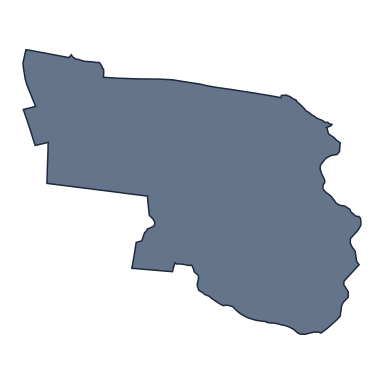 outline of Ghioroc, Arad, Romania
{"feature_id": "2599482B24745533124468", "entity_name": "Ghioroc", "entity_type": "district", "adm_level": 2, "iso_a3": "ROU", "parent_name": "Romania", "parent_adm1": "Arad", "projection": "equal_earth", "projection_center": [21.586, 46.163], "detail": "fine", "context": "isolated", "style": "filled", "palette": "slate", "viewbox_px": 384, "rotation_deg": 0, "n_neighbors": 0, "source": "geoboundaries", "source_scale": "gbopen_adm2", "svg_char_len": 2907}
<svg xmlns="http://www.w3.org/2000/svg" viewBox="0 0 384 384"><path d="M71.4,54.8L69.7,56.6L68.8,57.6L42.4,52.6L40.1,52.2L28.2,50.0L25.9,49.7L23.0,62.8L23.1,64.6L23.2,66.4L25.2,79.1L27.0,85.1L35.6,106.4L23.3,109.5L25.8,116.7L30.1,129.5L35.1,145.3L35.2,145.5L48.2,142.4L47.8,157.2L47.6,161.5L46.9,183.4L107.4,191.0L114.6,191.9L128.9,193.8L147.0,196.0L147.3,196.1L147.6,196.2L147.5,197.3L147.7,199.7L147.9,202.0L148.6,208.5L149.2,214.9L149.7,215.7L152.8,218.7L153.9,220.7L155.0,222.2L154.3,225.8L150.5,227.7L147.4,228.9L145.9,231.9L145.2,232.3L144.7,232.4L142.1,239.7L141.9,240.8L136.2,242.4L133.7,258.2L131.8,268.3L172.4,271.7L174.8,262.8L176.3,264.0L178.2,264.0L180.6,264.0L184.6,264.5L187.5,265.4L189.1,265.2L189.5,265.5L190.4,265.2L191.7,265.1L193.2,268.3L194.3,271.9L197.8,274.8L198.3,276.0L198.6,278.1L198.0,280.9L197.5,282.7L197.2,285.1L197.7,287.2L198.5,289.6L198.8,290.4L202.1,292.2L204.8,294.5L206.3,295.1L208.5,296.0L210.1,296.8L211.7,298.5L220.8,304.5L223.5,305.7L224.2,305.6L225.8,305.1L226.7,305.2L227.7,305.3L232.1,306.4L233.3,307.1L234.3,308.4L237.0,311.0L240.0,313.4L243.1,315.3L246.5,317.2L250.9,318.8L256.5,320.4L261.6,321.1L265.9,321.6L266.5,322.3L270.5,323.0L273.6,323.0L277.0,323.7L279.1,324.1L281.1,324.8L285.7,325.7L289.4,327.1L293.4,329.3L298.2,333.3L300.3,334.1L305.2,334.3L308.0,333.5L314.1,332.1L318.5,332.1L320.9,333.1L326.9,328.7L336.9,319.8L340.2,316.2L341.6,305.8L343.3,302.3L348.2,297.2L348.3,291.9L343.8,284.8L344.0,281.2L351.9,272.6L359.1,264.8L356.6,261.2L355.2,251.3L351.7,246.4L350.2,242.6L350.5,238.4L358.1,230.2L361.0,225.0L360.8,220.1L360.4,218.1L358.8,216.5L355.9,216.2L350.8,211.8L349.9,209.3L346.3,207.0L344.6,206.0L339.8,205.2L336.4,203.4L334.0,200.0L330.6,195.7L326.9,193.1L324.4,190.8L322.9,188.5L323.0,185.2L324.8,182.4L324.6,179.8L321.7,173.8L320.1,168.8L320.5,165.1L325.9,158.2L331.2,155.5L337.2,154.4L339.5,151.5L339.9,146.2L340.3,142.9L336.8,140.4L333.9,137.5L331.2,135.7L328.5,133.8L327.7,130.8L327.3,128.7L326.3,127.5L328.5,126.8L330.4,126.2L331.0,125.5L331.6,124.9L332.0,124.4L331.8,124.2L330.7,124.1L329.5,124.1L328.5,123.0L327.8,122.4L327.0,122.3L325.5,122.4L325.0,122.3L324.3,122.0L323.5,121.3L322.8,120.7L321.4,120.0L320.1,119.5L318.8,119.0L317.3,118.3L315.9,117.7L315.0,116.8L314.3,116.2L312.9,115.6L311.8,114.9L308.5,112.2L307.0,111.4L305.5,110.5L304.5,108.8L300.3,104.6L297.5,102.2L296.5,100.8L296.2,100.1L295.4,99.7L294.9,99.7L294.7,99.6L292.9,98.7L290.0,96.6L288.7,96.0L288.2,96.1L286.5,95.1L286.1,95.1L281.4,95.4L281.0,97.6L280.6,97.6L269.7,95.6L258.8,93.8L232.8,89.7L216.6,87.4L206.6,85.7L203.1,84.8L200.8,84.2L184.3,81.7L172.7,79.8L159.6,79.1L138.8,78.9L118.1,78.2L103.5,77.3L103.7,73.3L103.7,70.7L103.5,69.1L102.6,68.2L101.7,66.1L100.0,63.2L99.4,62.7L98.8,62.4L97.3,62.5L94.3,62.1L91.3,61.8L83.4,61.2L82.9,60.9L78.7,59.5L75.5,59.0L75.2,59.0L73.9,57.6L73.2,57.3L72.6,57.0L71.4,54.8Z" fill="#64748b" stroke="#1e293b" stroke-width="1.5"/></svg>